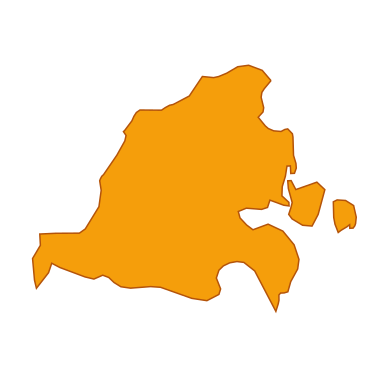 SVG path tracing the border of Valle, rotated 267°
{"feature_id": "HND-645", "entity_name": "Valle", "entity_type": "Department", "adm_level": 1, "iso_a3": "HND", "parent_name": "Honduras", "parent_adm1": "", "projection": "mercator", "projection_center": [-87.601, 13.55], "detail": "fine", "context": "isolated", "style": "filled", "palette": "amber", "viewbox_px": 384, "rotation_deg": 267, "n_neighbors": 0, "source": "natural_earth", "source_scale": "10m", "svg_char_len": 1810}
<svg xmlns="http://www.w3.org/2000/svg" viewBox="0 0 384 384"><g transform="rotate(267 192 192)"><path d="M93.7,215.5L88.3,213.5L82.7,201.2L85.8,186.2L98.5,155.6L99.7,145.7L99.2,125.6L101.1,116.0L105.7,109.4L111.0,104.4L113.6,98.5L110.2,89.5L112.8,80.7L123.5,56.1L128.2,48.2L118.9,44.5L104.0,31.6L112.2,30.1L133.9,29.3L146.7,37.8L158.0,37.8L157.9,53.8L156.8,77.4L160.7,83.5L182.2,98.3L198.4,101.4L208.1,100.4L209.9,101.2L212.4,102.7L214.0,104.6L232.7,118.9L246.5,127.6L251.9,129.1L255.9,126.7L257.0,128.0L266.2,135.7L270.7,138.0L274.3,140.6L276.6,144.3L275.3,165.8L277.7,169.8L279.8,174.2L280.4,177.8L288.0,194.3L306.8,208.4L305.1,219.6L305.9,224.6L308.8,232.8L314.7,244.2L315.6,255.2L309.8,268.5L299.1,276.7L299.2,276.8L291.4,269.6L287.8,267.0L283.0,266.0L272.4,268.0L268.2,267.1L263.2,262.0L254.2,268.6L251.4,271.5L248.8,276.8L247.8,284.1L249.6,288.0L250.0,290.9L244.9,295.3L241.6,295.7L223.3,295.3L215.1,297.3L210.4,297.4L205.3,295.3L205.3,291.6L212.9,291.6L212.9,288.2L202.9,286.1L192.6,282.4L183.4,281.6L176.6,288.2L173.0,288.2L174.0,282.9L179.8,269.4L172.6,266.6L171.0,260.6L173.0,245.4L170.1,237.2L163.6,238.6L156.2,244.8L151.1,250.9L155.9,266.3L148.2,280.7L133.9,291.2L119.1,295.3L109.6,293.5L97.3,285.9L87.3,282.5L86.4,278.8L86.4,275.1L84.6,273.4L79.4,273.2L75.9,272.3L68.4,269.5L109.9,250.5L119.0,240.1L120.2,233.2L119.3,226.0L116.6,219.5L112.5,214.8L104.8,211.8L93.7,215.5ZM171.0,289.9L176.2,291.5L190.4,288.4L198.2,288.2L198.2,291.6L189.0,295.8L195.3,317.2L187.4,324.8L163.0,316.8L151.7,310.1L153.0,300.7L159.9,290.5L164.6,287.4L171.0,289.9ZM174.8,332.6L176.5,336.5L175.5,344.9L170.0,352.7L158.3,354.7L151.9,353.7L149.7,352.8L147.5,351.0L147.5,347.7L151.1,347.7L149.1,344.8L145.9,338.8L143.9,335.9L152.4,333.1L159.2,332.2L174.8,332.6Z" fill="#f59e0b" stroke="#b45309" stroke-width="1.5"/></g></svg>